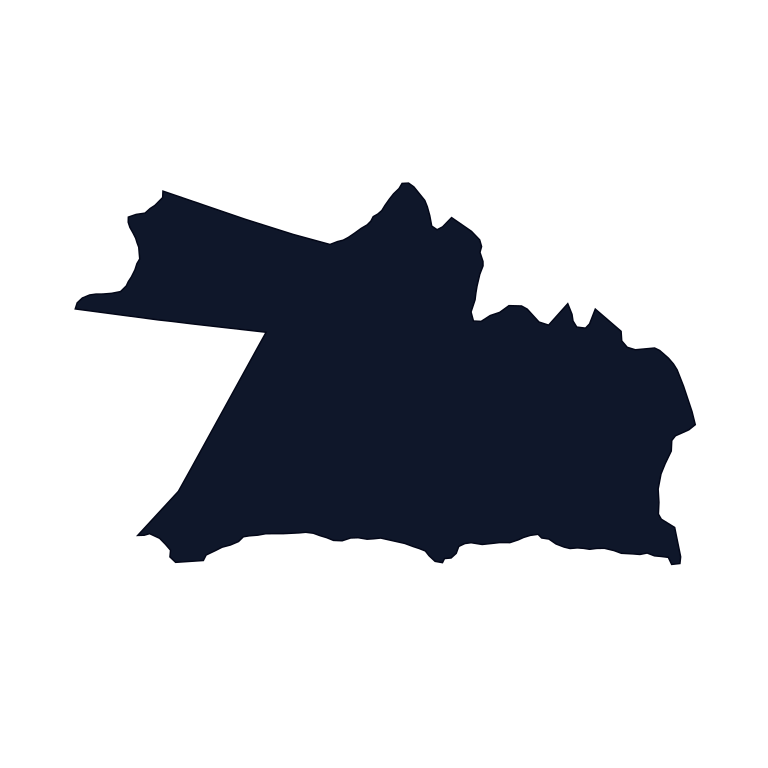 outline of Catolé do Rocha, Paraíba, Brazil, rotated 97°
{"feature_id": "56859067B20984323876399", "entity_name": "Catolé do Rocha", "entity_type": "district", "adm_level": 2, "iso_a3": "BRA", "parent_name": "Brazil", "parent_adm1": "Paraíba", "projection": "equal_earth", "projection_center": [-37.705, -6.33], "detail": "fine", "context": "isolated", "style": "filled", "palette": "ink", "viewbox_px": 768, "rotation_deg": 97, "n_neighbors": 0, "source": "geoboundaries", "source_scale": "gbopen_adm2", "svg_char_len": 2380}
<svg xmlns="http://www.w3.org/2000/svg" viewBox="0 0 768 768"><g transform="rotate(97 384 384)"><path d="M281.9,211.4L305.5,227.8L303.6,237.7L292.2,251.0L289.8,257.0L291.0,269.5L298.8,277.9L303.1,286.9L310.0,295.2L310.6,302.9L301.9,306.4L289.4,303.9L282.4,303.9L275.4,303.6L263.4,302.3L254.7,300.1L250.3,300.7L241.6,304.8L235.7,303.9L229.3,306.6L221.8,315.8L210.6,337.2L220.9,345.0L224.4,350.1L221.4,355.9L211.3,359.1L202.8,362.6L196.8,365.9L184.7,378.4L181.6,384.1L182.7,390.5L188.2,392.9L194.1,397.7L199.9,401.2L206.6,404.8L212.1,407.3L216.1,410.9L219.2,415.1L224.0,416.9L228.2,420.2L232.3,425.6L238.0,431.7L242.8,437.2L246.2,442.0L248.3,447.5L252.1,454.6L246.6,492.4L237.4,541.9L219.5,626.9L225.9,626.4L234.7,633.2L238.3,637.5L243.5,642.0L245.9,650.7L249.5,658.1L254.6,657.6L259.5,655.3L264.8,651.4L269.6,648.2L273.9,646.3L278.1,644.1L284.4,642.8L289.6,641.7L294.6,643.9L301.0,645.1L308.6,647.8L313.4,650.2L318.0,651.7L324.4,656.8L327.2,665.4L329.0,674.2L329.9,681.0L331.5,687.0L335.4,693.9L340.8,698.4L347.1,699.6L347.9,615.8L347.7,602.0L347.7,582.1L347.0,507.3L362.3,513.5L491.7,565.3L515.6,575.0L564.3,610.0L563.3,603.5L561.1,598.4L564.5,587.9L569.7,581.4L575.0,575.6L581.7,575.4L586.4,569.1L581.2,541.8L575.4,539.7L569.8,530.9L565.7,524.8L562.5,516.8L558.1,509.2L552.8,505.0L551.1,499.2L549.4,490.8L547.0,483.1L544.7,465.1L542.1,450.1L540.7,443.6L540.7,436.0L542.3,429.1L543.5,422.1L545.4,415.1L544.7,406.4L540.9,398.4L539.7,390.9L540.1,381.9L538.9,375.5L537.3,368.5L539.7,344.0L541.8,335.1L543.0,329.0L544.7,322.6L549.0,318.3L553.8,311.7L554.2,304.2L549.9,302.7L548.5,296.2L543.3,291.7L536.1,290.0L532.5,284.3L530.9,278.2L531.3,267.0L528.7,255.8L527.3,250.0L526.1,239.7L522.3,231.7L519.3,226.8L516.4,220.3L514.4,212.7L517.6,208.8L517.8,201.4L521.8,193.8L523.9,185.4L524.6,179.3L523.1,172.1L522.8,165.8L523.0,159.8L521.3,153.0L520.2,145.2L521.3,135.4L523.1,127.8L522.3,116.3L522.0,109.2L519.7,102.2L521.6,94.6L521.4,88.0L521.4,80.7L528.0,76.5L526.1,68.4L519.4,68.5L491.0,78.0L484.4,92.3L479.7,95.8L468.0,96.7L454.8,99.1L439.5,98.1L428.8,95.2L415.5,90.7L405.0,91.5L399.9,88.4L392.3,75.8L386.4,70.1L373.9,74.9L349.7,86.4L334.2,94.8L328.9,99.1L323.7,104.8L317.1,114.5L315.3,119.8L319.4,138.7L317.9,147.1L312.2,153.3L302.8,155.1L283.9,183.4L299.3,187.3L304.0,190.8L304.0,199.6L298.4,204.1L291.9,205.9L281.9,211.4Z" fill="#0f172a" stroke="#020617" stroke-width="1.5"/></g></svg>